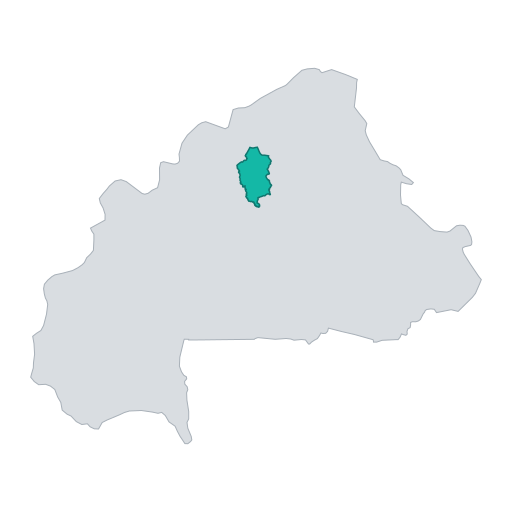 Bam, Bam, Burkina Faso (highlighted)
{"feature_id": "67063806B14953893434288", "entity_name": "Bam", "entity_type": "district", "adm_level": 2, "iso_a3": "BFA", "parent_name": "Burkina Faso", "parent_adm1": "Bam", "projection": "natural_earth1", "projection_center": [-1.611, 13.44], "detail": "fine", "context": "in_parent", "style": "filled", "palette": "teal", "viewbox_px": 512, "rotation_deg": 0, "n_neighbors": 0, "source": "geoboundaries", "source_scale": "gbopen_adm2", "svg_char_len": 8192}
<svg xmlns="http://www.w3.org/2000/svg" viewBox="0 0 512 512"><path d="M396.7,339.6L382.1,340.3L376.7,342.1L373.5,342.1L373.4,340.6L373.0,339.7L354.5,334.5L341.5,331.5L328.4,328.1L327.6,331.3L325.7,333.3L322.9,333.5L320.9,333.0L319.6,335.4L317.4,338.6L314.4,340.2L311.4,342.2L309.7,344.0L308.5,344.0L305.5,339.9L301.5,339.5L294.0,340.2L290.7,339.0L286.1,338.5L275.2,339.3L257.9,337.6L255.1,338.6L254.3,339.3L237.2,339.5L218.3,339.7L202.5,339.9L188.7,340.0L188.7,339.3L184.3,339.2L183.8,340.6L179.8,357.2L179.4,366.2L181.5,371.8L183.8,375.3L186.4,376.8L186.7,378.8L184.6,381.4L184.8,384.1L187.2,386.8L187.8,389.7L186.6,392.7L186.9,400.0L188.7,411.5L188.7,418.9L187.0,422.4L187.8,428.2L191.2,436.4L191.8,439.9L190.6,441.5L187.8,443.7L184.9,443.6L181.6,438.6L180.1,436.4L177.4,431.3L175.1,426.2L172.0,424.0L169.0,421.9L165.3,415.5L161.7,412.4L158.0,413.3L152.5,412.1L141.4,410.5L129.4,411.0L124.4,412.5L119.5,414.8L107.1,420.0L102.2,422.5L98.5,429.0L94.3,428.8L90.1,426.8L87.4,423.8L81.8,424.5L76.3,421.6L71.0,416.0L67.1,414.2L62.2,410.1L60.8,402.4L57.7,397.0L54.8,389.5L50.5,386.1L45.6,384.3L38.7,384.7L34.3,381.6L30.7,377.2L31.7,373.4L33.3,368.0L33.5,362.8L34.6,354.3L34.0,343.7L32.7,336.3L36.5,333.3L40.9,330.5L43.6,325.5L46.5,314.2L47.7,304.5L46.9,300.9L45.4,298.0L44.3,293.8L43.6,288.7L44.4,284.2L47.8,280.1L51.9,276.6L54.8,274.9L62.6,273.2L72.4,270.6L78.0,267.7L82.1,264.8L84.4,262.5L86.7,257.7L90.5,254.1L93.4,250.4L93.9,240.0L93.9,234.2L91.7,230.9L90.5,228.1L105.0,220.1L105.1,214.4L103.1,208.0L100.3,202.9L99.3,198.5L103.3,193.3L106.8,189.4L109.4,186.0L115.1,181.0L121.0,179.7L126.3,181.6L142.1,193.5L144.8,194.2L148.1,193.3L152.2,190.2L157.6,187.7L159.6,179.8L159.5,168.0L160.7,162.7L163.5,161.7L172.6,163.9L175.0,164.1L177.6,163.3L179.5,161.2L179.4,157.5L179.0,154.1L182.0,143.2L187.4,135.1L198.3,124.8L201.7,122.8L205.7,121.7L225.2,128.8L228.4,127.0L233.1,109.6L238.4,108.0L244.8,107.7L248.9,106.2L251.1,105.0L260.3,98.4L276.7,89.4L285.5,85.5L287.2,84.1L293.5,77.7L301.9,70.3L307.2,68.9L314.6,68.3L319.2,69.6L320.5,71.6L322.0,72.7L331.6,69.6L345.4,74.5L357.3,79.4L356.6,82.5L356.5,87.9L355.5,96.6L354.3,106.9L359.3,113.6L365.2,120.8L366.8,123.6L365.2,130.7L366.3,134.9L369.5,141.8L374.8,150.6L380.2,159.7L384.0,160.9L387.6,161.6L389.8,163.2L393.0,164.8L396.1,165.8L398.9,167.8L400.7,169.7L403.0,175.3L409.1,179.0L413.4,182.6L411.7,184.5L406.4,183.7L401.3,182.1L400.7,184.8L400.5,195.1L401.3,203.6L402.5,204.7L407.5,206.3L419.6,217.4L430.6,227.9L434.2,230.6L440.3,231.6L447.0,232.1L449.9,231.1L456.5,225.8L459.9,225.2L463.1,225.4L464.9,226.2L468.0,230.5L471.0,237.0L471.9,241.8L471.6,244.4L470.6,245.4L465.2,246.6L462.9,247.6L462.4,249.0L463.2,252.2L464.2,254.3L470.1,263.7L478.7,276.4L481.3,279.6L479.8,283.4L475.5,293.3L472.3,297.4L458.1,311.4L451.1,309.7L436.5,312.6L434.3,309.3L430.9,308.9L426.6,309.5L425.1,310.7L424.6,312.1L423.1,314.0L420.4,319.5L418.3,321.0L415.7,321.8L412.5,321.7L410.6,322.4L410.6,325.2L410.1,327.6L407.9,328.8L407.0,331.4L407.2,334.1L405.9,335.3L403.2,334.6L401.5,333.9L400.0,337.3L398.1,339.6L396.7,339.6Z" fill="#d9dde1" stroke="#a8b0b8" stroke-width="1"/><path d="M237.3,168.1L237.5,168.4L238.0,169.0L238.4,169.4L238.5,169.8L238.6,170.0L238.8,170.1L239.3,170.5L239.4,170.8L239.5,171.1L239.2,171.4L238.9,171.5L238.7,171.8L238.6,172.0L238.6,172.3L238.8,172.7L238.9,172.9L239.3,173.0L239.6,173.2L240.1,175.2L240.1,175.4L240.1,175.7L239.9,176.1L239.7,176.5L239.6,176.8L239.5,177.2L239.6,177.5L239.8,177.9L240.1,178.5L240.2,178.8L240.2,179.1L240.1,179.6L240.0,180.0L240.1,180.5L240.4,180.9L240.5,181.1L240.7,181.5L240.6,182.2L240.6,182.3L240.8,182.5L240.8,182.8L240.5,183.0L240.4,183.0L240.5,183.4L240.5,183.6L240.6,183.8L241.0,184.0L241.3,184.1L241.6,184.2L241.7,184.3L242.0,184.4L242.1,184.5L242.3,184.8L242.4,185.0L242.5,185.1L242.7,185.4L242.8,185.7L242.8,186.1L242.7,186.4L242.7,186.6L242.8,186.7L242.9,186.9L243.0,187.0L243.3,187.0L243.5,186.8L244.1,186.3L244.5,186.1L245.0,186.0L245.0,186.4L245.0,186.6L245.0,186.9L244.9,187.4L244.9,187.5L245.1,187.7L245.2,188.3L245.3,188.5L245.1,188.9L245.1,189.0L245.3,189.1L245.6,189.2L245.8,189.3L246.1,189.4L246.1,189.5L245.9,189.8L245.7,189.8L245.5,190.1L245.7,190.4L245.8,191.0L246.0,191.5L246.4,192.0L246.6,192.2L246.7,192.5L246.7,193.5L246.5,193.8L246.3,193.9L246.3,194.0L246.2,194.2L246.3,194.4L246.5,194.6L246.7,195.0L246.8,195.1L246.8,195.3L246.7,195.5L246.2,195.7L246.0,196.1L245.9,196.5L246.1,196.9L246.4,197.2L246.5,197.5L246.7,197.9L246.9,198.1L247.1,198.2L247.4,198.2L247.4,198.3L247.6,198.5L247.6,198.9L247.8,199.2L247.9,199.3L247.9,199.7L248.3,200.4L248.5,200.7L248.7,201.1L249.1,201.1L250.3,201.5L250.8,201.6L251.0,201.5L251.5,201.4L251.8,201.4L252.4,202.0L252.6,202.1L253.0,202.0L253.3,201.9L253.5,202.0L253.9,202.2L253.9,202.5L254.1,202.8L254.0,203.3L254.2,203.6L254.3,203.6L254.5,203.6L254.7,203.8L254.8,204.3L254.7,204.5L254.8,204.7L254.7,204.8L254.4,204.9L254.5,204.9L254.6,205.0L254.8,205.2L254.8,204.9L254.9,204.7L255.0,204.7L255.0,204.8L255.2,205.3L255.3,205.5L255.5,205.9L255.8,206.1L256.0,206.1L256.5,206.0L256.8,206.3L256.4,206.3L256.6,206.5L256.8,206.7L257.1,206.8L257.3,206.7L257.7,206.7L258.2,206.7L258.2,206.8L258.3,206.8L258.6,206.5L258.7,206.9L258.7,207.1L258.8,207.1L259.1,207.0L259.2,206.8L259.4,206.3L259.5,206.3L259.6,206.2L259.6,205.7L259.6,205.3L259.5,204.7L258.9,203.9L258.6,203.6L258.0,203.3L257.2,203.1L257.1,202.8L257.2,202.1L257.2,201.8L257.3,201.5L257.3,201.3L257.4,200.7L257.8,200.0L258.0,199.7L258.1,199.4L258.1,199.2L258.1,198.9L258.0,198.5L257.9,198.1L257.9,197.9L258.0,197.8L258.3,197.5L258.5,197.5L258.7,197.4L259.0,197.5L259.3,197.4L259.6,197.2L260.0,196.9L260.3,196.8L260.8,196.7L261.5,196.5L261.8,196.4L262.2,196.2L262.6,196.1L263.3,195.7L263.7,195.7L264.8,195.8L265.1,195.6L266.0,194.7L266.7,194.3L267.3,194.0L268.1,193.8L268.4,193.8L268.7,194.0L269.0,194.1L269.2,194.4L269.3,194.5L270.0,194.7L270.3,194.5L270.3,194.3L270.2,194.1L270.1,193.8L269.7,192.6L269.6,192.1L269.6,191.4L269.5,191.2L269.1,190.7L268.9,190.4L268.9,190.2L269.0,190.3L269.1,190.1L269.1,189.9L269.1,189.7L269.3,189.6L269.5,189.3L269.5,188.8L269.4,188.7L269.6,188.3L269.7,188.1L270.4,187.5L270.5,187.2L270.5,186.8L270.6,186.5L270.8,186.3L271.2,186.0L271.5,185.6L271.5,185.2L271.4,185.1L271.1,184.6L270.9,184.4L270.5,184.4L270.4,184.3L270.4,184.2L270.3,183.9L270.2,183.8L270.2,183.7L270.0,183.4L270.0,183.2L269.9,182.8L269.8,182.6L269.7,182.3L269.5,182.1L269.5,181.9L269.4,181.7L269.4,181.3L269.3,181.2L269.2,180.9L269.3,180.7L269.0,180.5L268.9,180.2L268.6,180.2L268.4,180.1L268.3,179.8L267.7,179.6L267.5,179.4L267.4,179.2L266.5,178.0L266.4,177.6L266.3,177.2L266.0,176.7L265.9,176.4L265.9,176.2L266.0,175.8L266.2,175.6L267.3,174.4L267.5,174.2L268.4,174.2L268.8,174.2L269.0,174.0L269.2,173.8L269.3,173.6L269.3,173.4L269.3,173.2L268.7,172.2L268.7,171.9L268.6,171.6L268.6,171.4L268.4,171.3L267.8,170.1L267.5,169.5L267.3,169.2L267.2,169.1L267.4,168.9L267.7,168.5L268.0,168.1L268.3,167.7L268.7,166.8L268.8,166.3L268.8,165.5L269.0,165.3L269.1,165.0L269.4,164.8L270.3,164.0L270.5,163.7L270.5,163.3L270.5,163.1L270.3,162.8L270.3,162.6L270.5,162.2L271.0,161.6L271.1,161.4L271.1,161.2L270.9,160.6L270.8,160.3L270.0,159.5L268.8,157.8L268.5,157.5L268.5,157.2L268.4,156.5L268.6,155.9L268.0,155.7L267.2,155.6L266.4,155.5L265.8,155.4L264.6,155.2L263.6,155.2L262.4,155.2L262.0,155.1L261.5,154.8L261.1,154.5L260.5,153.9L260.1,153.4L259.8,152.9L258.8,150.7L258.4,149.6L258.0,148.7L257.7,148.1L257.3,147.2L257.2,147.2L256.4,147.4L255.5,147.5L253.0,148.1L252.6,148.0L250.7,147.7L250.4,147.6L250.2,147.4L249.9,147.4L249.7,147.8L249.0,149.3L248.3,150.5L247.5,152.0L247.0,152.8L246.5,153.8L246.4,153.9L246.4,154.1L246.1,154.3L245.9,154.3L245.7,154.9L245.6,155.2L245.6,155.4L245.3,155.7L245.4,156.0L245.6,156.4L245.7,156.6L246.2,156.8L246.3,156.9L246.6,157.2L246.6,157.6L246.6,157.8L246.7,158.3L246.8,158.4L247.0,158.5L246.7,158.9L246.6,159.5L246.5,159.8L246.4,160.0L246.2,160.1L245.6,160.4L244.6,160.3L244.2,160.4L243.9,160.6L242.7,161.9L242.4,162.1L242.2,162.1L241.8,162.0L241.7,161.9L241.2,162.1L240.7,162.3L239.5,163.2L238.9,163.7L238.0,164.4L237.2,165.1L237.0,165.4L237.0,165.5L237.0,165.9L237.1,166.1L237.3,166.5L237.2,167.1L237.4,167.7L237.3,168.1Z" fill="#14b8a6" stroke="#0f766e" stroke-width="1.5"/></svg>